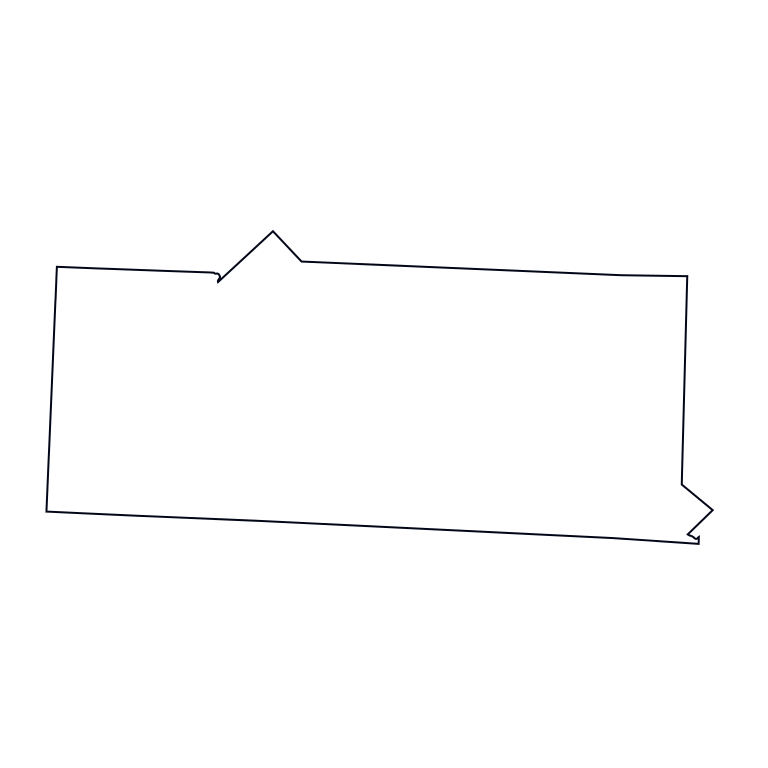 Conesa, Río Negro, Argentina, rotated 182°
{"feature_id": "61730980B12252554718289", "entity_name": "Conesa", "entity_type": "district", "adm_level": 2, "iso_a3": "ARG", "parent_name": "Argentina", "parent_adm1": "Río Negro", "projection": "orthographic", "projection_center": [-64.29, -40.178], "detail": "fine", "context": "isolated", "style": "outline", "palette": "ink", "viewbox_px": 768, "rotation_deg": 182, "n_neighbors": 0, "source": "geoboundaries", "source_scale": "gbopen_adm2", "svg_char_len": 1178}
<svg xmlns="http://www.w3.org/2000/svg" viewBox="0 0 768 768"><g transform="rotate(182 384 384)"><path d="M716.9,244.7L716.4,244.7L714.4,244.7L681.8,244.3L625.2,243.7L500.4,242.8L150.0,238.0L64.0,235.2L64.0,242.1L64.7,241.6L64.9,241.2L65.2,240.8L65.6,240.4L66.1,240.3L66.4,240.2L66.9,240.1L67.3,240.2L67.8,240.4L68.1,240.6L68.5,240.9L69.0,241.3L69.4,241.8L69.7,242.0L70.1,242.1L70.7,242.5L71.3,242.7L71.6,242.8L72.1,243.0L72.5,243.1L72.9,243.2L73.5,243.4L74.0,243.6L74.7,244.0L75.2,244.3L51.1,269.4L82.9,293.9L83.0,302.4L84.7,502.4L86.0,502.3L150.8,501.0L290.6,502.1L470.7,503.5L499.6,532.1L500.3,532.8L553.4,480.1L553.6,480.7L553.6,481.0L553.5,481.5L553.3,482.1L553.0,482.4L552.7,482.9L552.5,483.3L552.2,483.7L551.9,484.3L551.8,484.7L551.6,485.1L551.6,485.5L552.1,486.3L552.4,487.2L552.9,487.7L553.4,488.2L553.8,488.4L554.2,488.6L554.8,488.6L555.4,488.4L556.1,488.4L556.6,488.4L557.2,488.7L557.7,489.0L557.9,489.2L558.4,489.4L559.0,489.3L559.5,489.3L561.3,489.4L607.9,489.4L662.4,489.5L675.5,489.5L712.6,489.7L714.9,489.7L715.0,489.7L715.1,478.9L715.1,474.6L715.2,457.8L715.3,454.0L716.4,306.8L716.5,299.7L716.9,244.7Z" fill="none" stroke="#020617" stroke-width="2"/></g></svg>